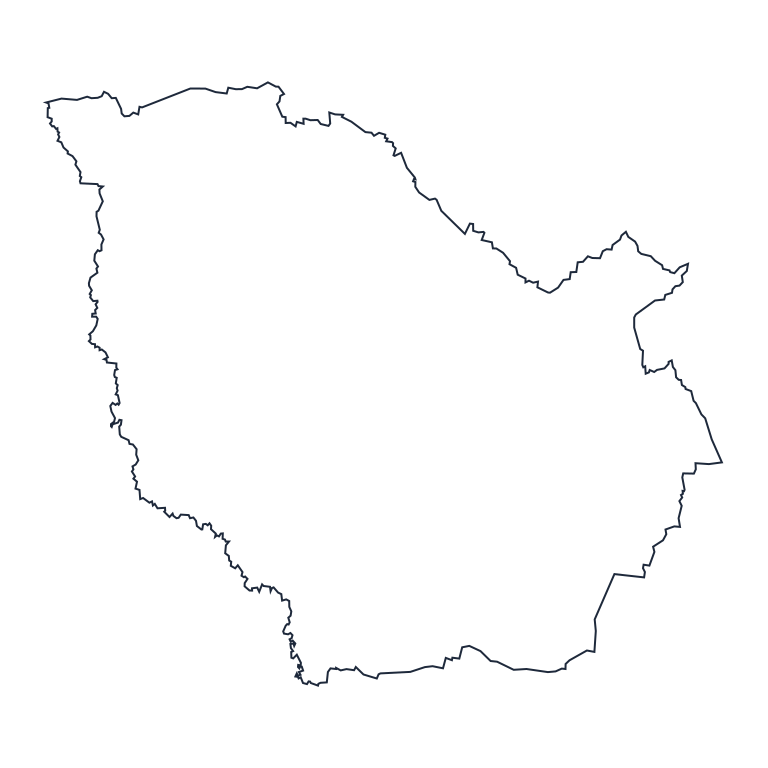 Na Chueak, Maha Sarakham, Thailand (Natural Earth projection)
{"feature_id": "78962969B25056088384612", "entity_name": "Na Chueak", "entity_type": "district", "adm_level": 2, "iso_a3": "THA", "parent_name": "Thailand", "parent_adm1": "Maha Sarakham", "projection": "natural_earth1", "projection_center": [102.998, 15.808], "detail": "fine", "context": "isolated", "style": "outline", "palette": "slate", "viewbox_px": 768, "rotation_deg": 0, "n_neighbors": 0, "source": "geoboundaries", "source_scale": "gbopen_adm2", "svg_char_len": 6023}
<svg xmlns="http://www.w3.org/2000/svg" viewBox="0 0 768 768"><path d="M142.1,107.4L139.5,106.8L138.2,114.4L133.3,112.6L129.4,115.9L124.4,116.3L121.7,113.5L121.1,108.9L115.8,97.9L111.7,98.2L108.1,93.8L104.0,91.8L101.7,96.2L97.7,97.8L91.5,98.2L87.2,96.7L77.0,99.9L61.5,98.6L46.1,102.5L48.5,103.4L49.3,107.8L47.8,108.1L47.6,117.2L51.7,118.7L51.7,121.5L50.0,123.5L52.2,126.4L53.8,126.1L56.1,128.9L57.4,128.3L57.6,131.6L59.1,132.5L58.1,134.4L59.4,137.0L57.5,140.8L61.3,142.3L63.5,147.5L67.9,151.4L67.6,153.5L72.5,156.1L76.4,161.3L75.4,164.7L80.5,172.1L79.8,176.0L81.3,177.2L79.9,181.2L80.5,183.3L97.5,184.1L98.5,186.1L102.8,186.5L99.4,189.5L99.6,193.4L102.8,201.3L98.4,210.7L96.6,211.8L96.5,216.3L99.8,229.8L98.7,232.8L101.0,234.5L103.6,239.4L101.4,244.5L101.5,250.3L99.5,251.2L97.8,250.2L94.9,254.3L94.3,260.7L98.0,266.5L96.4,268.6L97.4,272.7L90.5,277.6L88.9,283.2L89.1,285.8L91.8,290.3L89.7,294.0L90.9,295.1L90.2,297.4L93.2,301.1L97.4,300.7L97.6,301.9L95.6,304.3L97.3,307.9L95.1,310.1L95.7,313.5L92.3,313.8L92.1,316.7L96.2,316.7L97.7,318.9L96.3,325.4L92.9,331.2L89.2,334.4L90.4,335.5L90.5,339.5L88.9,341.1L91.9,343.9L95.0,344.2L95.1,347.3L97.4,346.5L99.6,347.7L99.6,350.2L101.8,349.5L105.5,352.4L107.9,357.3L104.2,359.2L106.5,359.9L106.9,362.5L116.4,363.5L116.3,367.6L117.5,369.3L115.0,370.1L114.2,375.0L114.8,377.0L116.7,377.8L115.8,383.4L117.7,385.1L116.8,388.2L117.6,390.6L115.7,394.4L117.9,395.2L119.6,403.0L118.6,404.7L117.3,403.5L115.6,404.9L112.6,402.9L110.3,406.0L111.5,411.6L115.0,418.1L114.1,421.7L111.0,424.1L111.0,426.3L111.7,427.0L112.6,424.3L118.0,422.6L119.4,419.8L121.5,420.2L120.9,424.7L119.2,426.6L119.8,434.4L121.2,436.8L128.6,440.2L129.5,443.9L132.9,444.5L136.6,449.2L136.2,454.7L138.3,460.3L135.7,464.5L132.5,466.4L133.4,469.4L131.9,471.5L135.1,476.5L133.4,478.7L137.0,481.7L135.5,488.6L139.5,489.9L140.2,499.1L143.1,498.0L149.4,502.7L152.0,501.4L152.9,505.5L154.8,503.9L157.5,508.3L165.0,507.8L165.2,510.7L164.2,511.7L169.5,517.0L172.6,513.6L173.4,515.9L176.5,518.2L178.6,517.8L180.8,514.6L188.7,515.1L190.0,518.2L193.4,517.5L196.0,520.8L196.9,526.0L201.4,529.5L202.3,529.4L203.1,524.3L205.8,523.9L207.7,525.3L209.5,523.3L211.2,525.7L211.0,529.2L215.8,533.6L215.1,536.9L216.9,535.4L219.0,536.4L220.8,533.6L222.8,533.4L222.6,538.8L225.0,539.6L225.7,541.5L229.0,541.5L225.9,545.3L225.2,553.3L228.8,555.9L229.2,560.5L231.2,561.7L230.8,565.8L235.2,568.3L237.8,565.3L242.5,572.1L241.5,575.7L243.9,577.2L245.1,576.5L247.5,578.9L244.7,583.1L244.6,586.3L249.5,590.5L252.1,590.6L252.0,588.3L257.2,587.6L259.2,591.8L262.1,584.4L263.6,586.0L270.0,586.8L270.6,591.2L272.0,588.0L273.6,587.4L278.1,592.6L281.3,594.1L282.1,600.6L286.2,599.4L289.2,601.0L289.3,606.9L291.3,611.4L290.6,615.7L288.3,617.7L289.7,622.3L288.6,624.5L287.2,624.1L285.7,625.7L283.2,631.4L284.0,633.6L288.1,634.3L290.4,633.0L292.5,635.2L291.6,638.2L289.6,639.3L290.7,641.7L292.7,640.6L295.3,643.5L294.2,645.9L293.5,643.5L290.4,644.0L290.9,648.1L293.1,651.1L291.2,652.0L291.4,657.7L293.2,658.4L296.8,654.7L300.9,662.8L300.7,665.4L298.2,664.9L298.0,667.0L299.3,668.4L300.0,666.7L301.8,666.7L303.1,670.6L298.9,672.0L300.5,674.8L297.9,675.7L296.8,673.4L295.4,676.5L298.0,676.9L298.6,678.4L300.7,677.3L303.0,683.0L307.0,684.1L308.6,681.4L310.1,681.6L310.8,683.0L318.0,685.6L318.4,683.8L320.5,682.8L326.8,682.4L327.9,672.0L330.5,668.4L336.1,669.0L336.1,667.9L340.7,670.4L346.5,669.1L354.1,670.2L355.8,667.0L363.5,674.5L376.8,678.5L378.6,674.3L380.4,673.4L410.3,671.9L424.9,667.1L432.6,666.2L443.0,668.3L445.8,657.9L451.9,660.2L452.4,657.7L459.3,658.6L462.2,647.3L469.3,645.9L480.5,651.1L490.6,661.0L497.1,661.7L513.7,669.8L526.5,669.0L547.9,672.1L555.6,671.4L561.8,668.6L565.5,669.0L565.6,664.0L569.5,660.3L586.9,650.5L594.4,651.9L595.8,631.0L594.7,619.4L614.4,574.1L644.1,577.4L644.9,572.0L643.0,568.2L643.6,564.7L649.4,565.6L654.4,551.9L653.1,546.7L663.0,540.3L666.3,534.2L665.5,529.5L674.3,526.4L680.0,526.9L678.6,518.2L681.7,505.8L679.4,501.1L682.2,497.5L681.0,495.0L682.9,493.8L682.6,490.9L684.0,491.2L684.6,489.8L682.3,477.4L683.2,473.4L693.9,473.6L695.8,469.3L695.5,463.2L708.9,464.1L721.9,462.4L711.7,439.3L705.2,418.3L701.4,414.4L695.9,403.1L693.6,400.8L691.2,391.1L685.6,389.0L685.3,387.1L681.9,385.0L681.1,380.0L678.7,379.8L676.1,377.3L675.4,370.2L672.9,367.0L671.7,360.4L668.6,361.9L668.6,363.9L664.5,368.4L657.0,369.9L654.2,372.0L649.7,370.0L648.9,372.4L645.7,373.7L645.2,366.3L643.3,367.3L642.3,364.9L643.0,350.7L640.2,349.0L634.2,327.6L634.2,317.5L635.8,314.5L655.0,300.5L664.2,299.5L665.3,294.9L672.0,292.8L672.5,289.4L675.4,286.2L679.5,285.6L682.8,282.1L681.8,275.6L686.8,271.0L688.0,263.8L679.7,267.3L674.4,273.2L670.2,272.1L669.5,270.4L663.0,268.9L662.1,265.2L655.1,260.8L650.8,256.2L641.3,253.9L638.2,251.3L637.5,245.9L635.1,241.6L628.3,236.9L625.9,231.8L621.5,235.5L620.0,239.6L612.6,245.0L611.6,249.6L606.6,249.2L602.8,251.2L600.0,258.2L592.3,258.0L587.9,256.3L583.0,261.8L577.7,262.3L576.3,272.0L570.7,272.2L569.7,279.1L563.5,279.9L558.1,287.6L550.0,292.7L548.0,292.5L537.4,287.3L538.0,281.6L533.1,282.7L529.0,280.7L525.5,282.4L525.5,278.5L517.7,274.7L516.1,267.8L509.5,264.2L510.0,261.2L503.1,252.8L496.4,248.5L492.9,248.4L491.9,242.3L481.7,240.0L484.4,232.8L483.5,231.9L478.4,232.4L473.2,230.8L473.1,224.0L469.9,223.6L464.9,233.9L441.3,210.8L436.6,199.8L435.0,198.6L429.4,199.9L419.1,192.5L415.3,186.8L415.4,182.0L413.1,181.3L414.0,179.0L415.4,179.3L414.8,177.5L406.9,167.8L401.1,152.8L394.7,155.9L393.5,155.3L395.7,148.4L392.9,145.9L393.1,143.2L392.0,142.1L386.2,141.3L387.5,138.6L384.8,137.8L385.3,134.7L379.1,132.8L374.0,135.8L371.5,132.7L365.4,132.1L351.4,121.7L341.9,116.9L343.1,114.8L335.1,114.4L329.3,112.5L330.2,123.5L328.5,125.9L320.7,124.0L317.7,120.0L310.4,120.2L305.7,118.7L303.4,118.7L303.6,123.8L296.8,121.9L295.6,126.4L290.5,122.8L285.7,123.0L285.6,117.1L282.3,116.7L276.9,104.3L279.5,101.4L280.3,95.9L284.0,94.0L278.5,86.7L275.8,86.6L267.9,82.4L257.1,88.3L247.3,86.8L242.0,89.1L235.8,89.2L228.3,87.7L226.7,93.5L215.6,92.1L205.4,88.6L190.4,88.5L142.1,107.4Z" fill="none" stroke="#1e293b" stroke-width="2"/></svg>